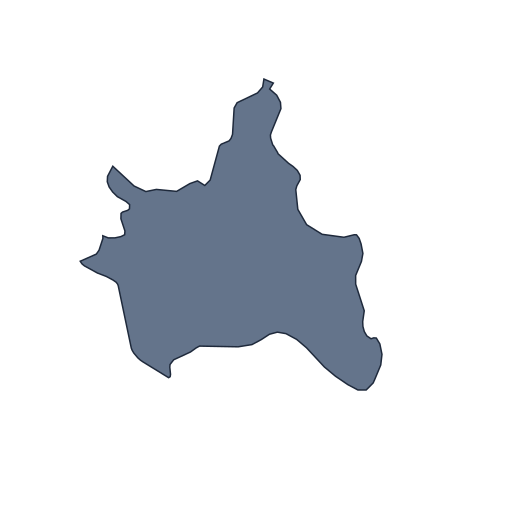 outline of Verbano-Cusio-Ossola, rotated 125°
{"feature_id": "ITA-5437", "entity_name": "Verbano-Cusio-Ossola", "entity_type": "Province", "adm_level": 1, "iso_a3": "ITA", "parent_name": "Italy", "parent_adm1": "", "projection": "mercator", "projection_center": [8.313, 46.111], "detail": "fine", "context": "isolated", "style": "filled", "palette": "slate", "viewbox_px": 512, "rotation_deg": 125, "n_neighbors": 0, "source": "natural_earth", "source_scale": "10m", "svg_char_len": 1641}
<svg xmlns="http://www.w3.org/2000/svg" viewBox="0 0 512 512"><g transform="rotate(125 256 256)"><path d="M104.4,341.0L111.4,340.6L112.4,331.3L116.1,324.1L121.0,320.1L145.3,314.6L148.6,313.6L151.1,311.6L155.4,306.0L155.6,304.9L158.9,297.6L159.6,296.6L161.4,282.5L161.4,277.0L162.2,271.3L164.6,266.2L168.0,263.6L175.1,262.8L178.8,261.5L193.8,248.5L201.3,232.5L200.3,214.3L190.2,194.7L182.2,187.7L181.0,185.8L182.4,181.6L185.9,176.8L192.6,169.9L200.0,166.5L214.8,163.2L221.9,158.2L238.8,135.9L248.5,131.0L252.4,128.0L255.8,123.9L257.9,119.3L257.8,114.3L255.5,112.6L254.2,110.4L257.0,104.1L264.3,96.4L273.7,91.3L288.2,88.1L292.8,87.2L302.6,88.9L307.3,95.7L308.7,107.0L308.9,122.0L307.7,136.3L302.2,162.0L301.0,174.8L302.4,186.9L306.1,194.8L312.4,200.1L321.4,203.7L330.9,208.5L340.6,218.5L362.2,250.6L365.6,252.3L372.2,254.6L388.2,263.9L394.2,264.2L396.6,262.8L402.0,258.1L404.1,257.1L405.8,257.8L407.6,288.2L407.6,291.0L407.2,294.4L405.6,300.4L404.3,303.3L403.0,305.3L359.3,351.9L358.4,353.3L357.7,355.5L357.7,359.2L358.6,366.9L360.9,376.1L362.5,390.7L362.3,393.8L361.7,395.5L361.1,397.0L346.0,387.9L341.3,387.9L329.4,391.5L327.3,393.1L325.9,387.4L322.1,382.0L317.6,377.8L313.9,375.8L310.7,377.7L303.0,388.0L298.5,391.0L296.5,390.5L292.2,387.3L289.9,386.7L286.4,389.0L285.9,393.8L286.9,403.6L285.8,410.1L283.7,415.9L280.5,420.4L275.9,423.3L264.6,424.8L268.6,396.0L266.4,383.2L258.6,375.8L248.6,358.1L234.6,351.7L228.0,347.0L227.6,338.4L220.1,337.1L187.0,349.0L184.3,348.6L177.2,344.1L174.1,343.9L169.8,345.0L147.3,358.8L141.2,359.4L121.6,348.3L113.7,347.5L106.5,351.0L104.4,341.0Z" fill="#64748b" stroke="#1e293b" stroke-width="1.5"/></g></svg>